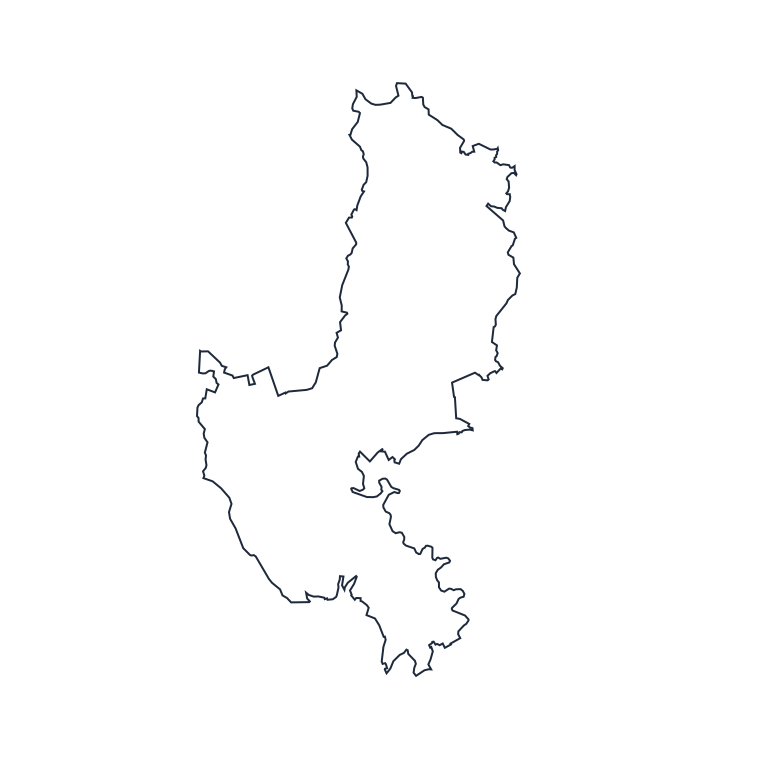 outline of Fantanele, Mures, Romania, rotated 248°
{"feature_id": "2599482B76650744260524", "entity_name": "Fantanele", "entity_type": "district", "adm_level": 2, "iso_a3": "ROU", "parent_name": "Romania", "parent_adm1": "Mures", "projection": "natural_earth1", "projection_center": [24.794, 46.398], "detail": "fine", "context": "isolated", "style": "outline", "palette": "slate", "viewbox_px": 768, "rotation_deg": 248, "n_neighbors": 0, "source": "geoboundaries", "source_scale": "gbopen_adm2", "svg_char_len": 6166}
<svg xmlns="http://www.w3.org/2000/svg" viewBox="0 0 768 768"><g transform="rotate(248 384 384)"><path d="M560.0,577.8L559.6,577.3L560.6,572.8L561.6,570.5L571.2,561.9L571.4,555.4L565.6,554.7L566.3,552.8L565.7,550.7L565.9,548.4L564.9,547.9L566.2,545.6L569.3,544.9L570.3,543.4L569.0,542.2L570.0,541.4L574.5,543.0L579.4,549.4L580.9,549.5L587.4,545.5L595.5,542.0L602.3,535.2L608.6,532.4L617.0,526.4L621.9,528.2L625.6,525.4L628.4,525.1L634.9,527.3L636.1,526.4L637.3,520.4L638.6,517.7L640.0,518.7L640.5,518.2L643.9,519.2L654.4,516.6L658.1,508.7L655.8,506.8L645.9,505.4L645.3,502.2L642.2,495.3L644.4,485.2L646.0,480.7L648.7,477.3L654.9,473.5L661.2,472.7L666.6,468.4L660.5,466.3L655.1,460.0L651.4,457.8L648.9,457.9L645.9,462.5L644.2,463.2L636.8,457.8L632.2,449.9L627.6,446.2L627.9,445.3L622.6,445.8L613.1,450.6L609.3,450.6L607.7,451.6L604.7,451.3L602.7,449.6L600.7,449.3L596.4,450.6L591.0,449.9L583.2,446.8L577.8,443.1L576.4,439.8L572.5,436.2L571.2,436.2L570.0,437.6L566.7,432.7L559.5,426.1L555.5,423.7L557.0,422.5L556.9,421.4L553.3,417.2L551.2,417.3L550.4,416.5L551.4,413.9L547.7,409.0L525.5,411.2L523.9,410.5L521.5,405.8L517.6,403.1L516.7,401.4L516.4,398.6L514.6,396.1L511.1,396.5L508.5,395.2L506.0,395.4L503.5,393.9L491.3,382.3L480.8,375.4L472.5,374.2L467.2,371.9L464.0,376.4L462.8,376.3L462.1,373.6L457.8,366.4L449.9,364.3L449.2,359.2L444.3,358.7L440.8,354.1L437.9,352.6L429.5,352.1L426.7,350.3L425.8,344.8L422.3,338.1L422.8,330.3L411.1,321.4L407.0,315.8L407.5,310.2L412.8,292.6L412.1,289.3L413.0,289.3L412.6,281.5L442.8,283.1L441.7,266.0L441.2,264.9L439.8,264.6L432.5,264.4L433.5,258.8L443.3,260.8L445.8,246.9L448.6,246.7L454.5,240.0L457.3,241.9L458.6,244.0L461.6,240.4L465.2,240.0L480.2,233.1L482.7,226.5L483.6,225.9L463.9,216.7L461.8,219.7L460.8,222.5L461.7,226.5L461.3,228.4L459.4,231.1L454.8,228.5L451.6,229.9L447.6,229.2L445.6,230.4L439.5,224.2L445.5,217.7L437.6,212.9L438.4,210.8L435.3,208.2L433.8,204.1L432.0,202.2L424.3,198.6L422.0,199.3L418.5,198.0L409.3,201.0L405.5,198.2L401.4,197.3L396.0,198.5L387.5,192.2L384.4,192.2L380.9,190.3L375.3,189.0L373.1,187.5L370.8,183.5L366.3,183.1L364.4,181.3L357.9,188.7L348.3,193.9L336.5,198.0L330.0,197.7L323.3,192.3L316.7,190.8L305.8,192.3L284.5,192.0L275.7,195.7L274.6,196.9L274.1,199.2L272.1,200.5L246.2,204.3L241.6,205.7L232.5,210.7L226.0,210.7L221.9,213.9L216.3,216.1L209.8,232.9L210.2,233.8L213.9,232.4L219.7,233.6L216.6,235.2L213.2,239.2L211.6,243.6L208.2,248.6L206.7,248.5L206.6,250.9L205.1,250.8L203.6,255.9L204.5,259.8L205.8,261.1L212.4,265.6L215.6,266.5L219.1,269.6L222.3,271.2L220.7,274.3L213.1,269.7L208.0,270.2L210.2,271.6L213.3,276.0L216.4,286.2L215.5,286.5L209.9,281.4L205.3,275.1L200.9,275.1L200.3,274.4L194.9,276.1L196.0,278.1L194.2,282.1L191.6,281.0L190.5,282.3L185.5,285.2L182.3,286.0L176.3,281.2L170.0,287.8L162.0,289.2L149.7,289.0L149.4,290.2L146.2,289.7L140.5,285.0L127.5,277.9L125.0,277.9L124.7,280.5L123.4,280.8L119.3,280.4L119.6,278.2L119.0,277.8L114.8,278.0L117.7,283.2L123.5,288.9L126.9,297.0L127.2,301.7L129.3,305.3L128.2,306.2L124.6,305.4L115.7,309.0L112.6,308.7L109.7,305.9L105.3,303.3L101.4,304.4L103.4,314.3L102.8,318.5L101.7,320.8L107.4,320.1L111.0,323.8L117.8,329.1L122.4,329.3L122.2,328.1L125.0,328.0L125.8,331.5L126.8,332.2L126.5,333.5L123.1,334.1L123.1,335.9L121.0,337.7L121.4,341.2L116.6,341.6L117.4,348.5L118.4,348.4L119.8,359.5L124.2,359.0L126.8,360.3L130.2,367.6L130.8,370.4L133.0,373.7L134.1,374.2L139.0,372.4L148.3,362.7L150.1,362.6L151.0,363.3L153.3,369.0L156.7,372.6L157.3,374.8L156.9,378.1L159.2,379.9L162.5,379.6L165.1,378.2L166.7,373.8L166.7,371.4L169.0,369.4L169.9,367.6L168.8,362.2L171.1,359.6L174.8,358.8L179.5,360.6L181.9,359.8L185.6,359.8L189.2,361.1L191.6,364.3L192.5,368.1L194.4,372.0L194.1,377.7L195.4,379.0L198.3,378.2L199.6,376.7L200.8,370.8L202.8,369.2L202.9,368.1L201.3,365.7L203.0,363.8L204.8,363.7L214.0,367.6L215.4,366.9L217.8,363.8L218.2,362.2L217.0,360.6L216.6,358.0L212.9,354.0L213.2,352.6L215.8,350.7L220.2,350.5L226.0,343.8L228.7,342.4L230.1,342.5L232.3,344.5L234.6,345.5L239.4,344.8L240.7,343.0L241.3,338.9L244.4,336.8L252.0,336.5L258.1,340.6L260.1,341.1L262.1,340.6L265.1,337.8L269.8,337.2L272.2,338.0L279.5,346.9L280.0,353.1L277.7,355.8L277.4,357.1L278.9,358.6L280.2,358.3L283.9,353.7L285.9,352.2L294.2,351.0L295.8,349.9L296.7,347.2L296.2,343.3L294.2,342.6L289.5,343.2L287.0,341.9L285.3,342.4L283.8,340.0L282.4,335.2L283.1,331.8L285.5,325.9L295.6,314.5L299.1,314.3L299.5,314.9L298.9,316.8L293.9,321.4L293.9,324.8L294.7,326.7L299.2,327.1L306.3,330.9L310.7,330.6L315.1,328.1L322.3,328.6L326.5,332.6L326.0,333.8L329.0,334.5L330.3,336.4L317.5,341.9L322.8,352.4L324.5,358.7L322.5,356.4L320.9,359.5L311.8,359.9L313.1,364.5L310.1,365.9L309.4,365.0L307.4,364.5L304.4,368.2L307.9,371.5L308.5,373.0L310.8,379.0L311.5,387.4L313.9,393.2L317.6,398.5L320.1,406.4L319.6,412.1L316.3,420.5L312.4,433.8L310.0,433.2L310.0,434.7L311.1,435.8L310.1,437.9L311.1,439.2L311.0,441.9L309.6,446.4L307.8,448.9L309.9,449.5L311.5,447.4L313.5,446.3L315.0,448.1L323.2,441.3L325.2,438.1L345.2,444.8L345.8,444.1L359.8,447.6L360.4,472.6L356.6,475.2L356.8,475.6L353.5,476.9L350.9,476.9L348.6,481.4L349.0,482.7L352.8,483.0L354.2,486.6L354.5,491.2L354.2,491.9L352.1,492.4L354.6,497.9L353.3,499.1L354.2,500.0L357.4,498.4L361.5,497.9L363.2,496.3L364.7,496.0L367.4,497.6L367.6,498.8L370.1,501.0L373.2,500.6L377.5,503.2L382.5,499.8L395.7,507.0L395.8,508.4L397.1,509.9L402.5,511.7L404.9,513.5L412.9,527.7L415.5,530.4L418.0,536.3L418.2,539.4L423.6,543.2L432.6,547.4L435.6,551.4L446.4,549.4L452.7,551.3L457.2,547.8L459.7,548.1L464.1,553.9L464.3,555.3L469.6,559.8L470.0,561.4L476.0,561.1L479.4,557.3L482.9,555.5L485.0,554.8L491.0,555.7L510.6,545.7L512.2,548.1L508.7,549.8L507.3,552.6L504.9,555.0L502.9,558.9L501.2,559.3L499.0,561.1L502.3,563.3L506.5,569.0L509.9,571.0L512.8,571.7L514.0,569.1L514.9,568.8L516.2,571.2L519.1,573.5L525.1,575.4L528.0,574.5L529.7,576.0L531.7,581.1L531.1,583.5L528.1,584.7L528.9,585.5L533.3,585.2L537.1,586.7L536.5,584.1L536.9,582.8L537.6,582.1L540.1,581.9L543.0,576.9L543.3,573.9L547.2,571.4L547.9,569.6L549.5,568.8L550.7,570.6L552.3,571.3L552.5,573.1L554.1,573.6L555.0,575.1L557.2,576.0L557.9,577.4L560.0,577.8Z" fill="none" stroke="#1e293b" stroke-width="2"/></g></svg>